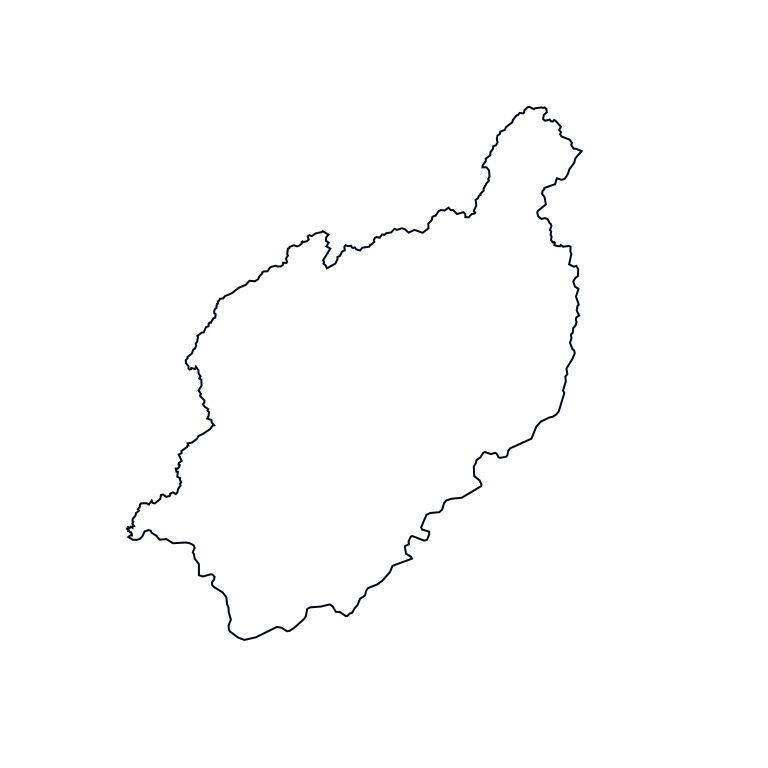 the district of Kapuas Hulu, Kalimantan Barat, Indonesia, rotated 324°
{"feature_id": "22746128B82886709098386", "entity_name": "Kapuas Hulu", "entity_type": "district", "adm_level": 2, "iso_a3": "IDN", "parent_name": "Indonesia", "parent_adm1": "Kalimantan Barat", "projection": "orthographic", "projection_center": [113.006, 0.834], "detail": "fine", "context": "isolated", "style": "outline", "palette": "ink", "viewbox_px": 768, "rotation_deg": 324, "n_neighbors": 0, "source": "geoboundaries", "source_scale": "gbopen_adm2", "svg_char_len": 6142}
<svg xmlns="http://www.w3.org/2000/svg" viewBox="0 0 768 768"><g transform="rotate(324 384 384)"><path d="M677.1,256.8L676.4,254.5L674.8,254.1L674.0,252.8L668.2,249.7L666.8,249.8L664.5,245.3L662.9,244.5L658.4,245.1L657.0,246.7L655.6,246.8L653.0,244.4L650.5,245.2L649.0,244.6L643.2,246.3L641.5,247.7L633.8,247.9L631.0,249.4L626.3,248.2L624.6,249.8L621.9,249.7L619.5,251.8L617.8,255.3L614.8,256.7L612.0,255.9L610.5,257.8L606.3,259.1L604.5,261.4L598.6,261.6L597.6,263.4L592.5,265.0L591.0,266.6L594.3,268.9L594.5,273.0L591.2,278.3L588.7,279.5L588.6,281.1L584.6,282.0L579.3,284.6L578.0,286.3L573.9,286.7L573.4,287.7L571.3,287.5L569.0,289.1L566.4,288.8L563.5,293.9L558.4,296.7L558.5,299.0L557.5,299.4L554.8,298.0L550.6,299.0L547.9,296.8L549.8,294.1L549.3,291.7L543.0,289.4L542.0,283.8L540.2,282.6L539.9,279.3L534.8,279.2L532.6,276.8L529.9,276.2L524.8,278.1L521.5,277.2L518.9,279.5L514.1,280.3L511.5,284.2L504.2,284.4L499.2,277.2L492.9,276.0L491.9,271.1L490.0,268.5L485.2,267.0L483.6,264.6L479.0,265.6L474.3,263.3L471.9,263.5L470.4,261.9L466.4,263.1L464.5,260.8L462.6,260.4L460.4,261.5L459.7,263.3L455.5,263.8L454.7,263.3L452.9,264.3L446.6,261.0L443.1,261.9L440.7,258.8L440.7,256.4L439.0,255.9L438.3,254.5L438.6,252.8L435.7,251.2L434.6,249.1L432.5,249.8L430.8,252.8L427.7,252.2L423.9,254.5L420.9,253.9L419.6,255.8L415.4,258.0L405.8,256.8L406.5,253.9L405.8,251.0L407.2,250.2L407.5,248.1L420.2,242.9L418.3,238.7L422.3,237.2L421.2,233.9L423.5,231.3L426.9,230.6L424.2,224.2L423.0,224.5L417.2,222.0L412.5,221.9L411.1,219.8L409.0,219.7L407.9,222.9L405.7,223.2L402.0,221.7L401.8,220.7L400.7,220.8L400.0,222.1L396.6,222.2L394.5,221.5L392.7,218.8L388.1,217.6L387.2,218.4L385.8,218.0L381.9,222.2L381.8,223.6L378.3,225.0L377.4,228.3L376.2,228.7L373.6,226.6L372.3,228.2L370.0,228.3L367.1,226.6L366.0,224.7L361.6,223.0L359.9,222.8L356.1,224.4L352.8,222.2L351.1,222.1L350.5,223.0L346.4,223.7L343.8,225.2L340.1,225.1L335.8,221.4L330.3,222.6L323.4,220.8L314.3,221.1L306.6,219.4L304.4,220.3L301.3,218.6L299.4,219.7L298.0,219.5L297.0,221.3L295.7,221.1L293.2,223.9L291.2,224.0L289.2,225.4L288.3,227.2L288.8,228.7L286.5,231.1L284.7,230.5L279.8,232.7L279.2,231.9L277.6,232.1L276.0,234.1L273.3,233.4L268.4,236.3L266.9,235.3L261.2,235.4L261.0,236.9L257.6,240.0L255.5,240.6L254.4,242.8L251.7,244.3L250.0,244.0L246.4,246.4L240.8,246.7L240.0,247.8L237.6,248.2L236.0,250.8L236.3,254.8L234.9,256.5L235.1,258.0L236.6,258.6L237.5,257.8L240.1,260.9L242.0,259.5L242.0,263.7L240.1,266.5L240.2,269.9L237.8,271.0L238.8,273.1L235.4,278.1L230.2,280.2L230.1,284.4L228.4,285.2L228.2,286.4L229.1,291.6L227.9,293.4L225.5,293.9L225.6,297.0L227.1,301.1L225.6,301.7L225.8,303.8L223.6,306.5L220.6,308.1L223.3,311.5L222.0,313.8L222.3,317.6L220.7,316.9L217.1,318.2L208.8,318.0L203.1,317.1L200.7,318.4L194.1,318.5L190.2,316.6L189.6,318.7L188.8,318.3L187.9,319.2L180.8,319.1L179.5,321.0L176.5,320.4L175.1,327.3L171.6,327.3L170.4,328.5L171.1,329.6L169.2,330.9L167.1,331.2L165.8,330.0L164.5,332.9L165.6,333.9L162.3,337.4L163.7,340.4L162.6,341.4L162.0,344.5L160.6,344.7L159.7,346.5L155.9,347.8L152.9,350.4L150.9,350.7L149.5,347.6L146.5,347.1L144.8,348.6L141.6,347.4L140.3,343.6L138.4,342.7L135.3,345.5L128.4,345.9L126.9,344.1L127.5,341.8L123.0,343.3L121.7,340.8L117.4,337.8L115.7,338.1L113.9,340.1L111.2,340.6L111.3,342.5L107.5,342.6L105.6,344.4L101.7,345.3L100.1,346.8L100.1,348.2L98.3,349.0L98.3,352.0L96.7,351.4L96.0,352.4L95.3,350.7L94.1,350.9L93.1,349.7L92.8,350.8L91.2,349.9L90.9,350.5L91.5,351.7L90.7,352.5L91.6,352.9L91.3,354.5L92.2,355.2L91.7,357.1L90.7,357.4L91.8,358.9L89.1,357.3L87.2,357.5L89.3,362.3L92.0,364.6L95.2,365.8L99.1,365.2L103.8,362.5L107.7,363.9L109.0,365.5L108.6,367.8L110.7,373.2L110.9,378.0L116.7,381.5L119.7,388.8L130.4,395.7L133.2,398.6L135.2,402.5L134.5,405.3L130.4,407.7L130.2,410.0L128.2,413.9L128.4,420.9L121.9,429.9L124.4,433.3L132.2,436.2L133.3,437.5L133.6,440.4L131.7,442.3L128.2,443.4L126.8,445.7L127.2,448.6L131.0,457.9L131.1,463.9L127.6,469.9L126.8,473.4L124.2,477.5L121.7,484.5L116.1,488.2L114.1,491.8L113.9,493.7L116.9,503.3L120.5,508.9L131.4,513.6L154.6,517.6L157.8,520.9L160.2,527.0L162.4,528.2L168.1,528.5L181.3,527.1L184.0,526.1L189.7,520.9L193.0,521.3L202.2,527.0L210.5,530.4L211.8,533.8L211.1,540.0L214.3,542.6L216.6,549.1L217.9,550.1L221.3,549.6L223.7,550.4L228.4,548.2L232.4,547.4L238.4,543.7L244.4,543.9L247.9,540.9L250.9,539.7L260.8,542.2L267.4,542.1L278.4,539.6L284.0,536.1L303.9,541.7L304.3,539.6L302.1,534.3L304.9,528.4L305.8,527.5L310.1,528.3L311.3,525.8L316.0,523.2L317.5,523.6L324.5,534.4L327.3,535.3L332.0,532.4L333.8,530.1L329.3,524.1L329.8,521.8L341.4,514.8L345.5,515.5L353.4,520.2L357.2,519.8L362.6,515.7L365.8,514.8L371.3,516.6L380.0,521.7L402.6,523.8L403.8,522.6L404.7,518.4L402.9,511.4L408.2,503.5L411.7,502.1L414.0,500.0L419.2,499.9L424.0,498.0L425.6,498.3L429.4,503.6L433.6,505.1L434.2,506.5L433.6,510.7L434.7,512.1L440.0,514.6L441.9,514.2L445.0,511.2L448.3,510.2L471.2,514.9L482.1,508.0L488.9,506.6L498.2,508.3L501.2,509.7L505.4,509.9L509.1,509.0L524.6,497.3L525.0,494.4L532.5,488.9L535.1,484.6L538.1,483.8L540.7,478.7L551.2,474.4L556.3,471.3L557.6,468.7L557.0,466.3L558.8,459.8L562.4,457.4L564.3,453.8L566.8,453.5L570.1,449.9L573.2,449.4L576.5,446.7L576.8,445.0L578.6,443.3L582.2,443.2L583.1,437.8L586.4,434.6L588.2,434.3L590.7,426.1L597.3,421.4L595.7,417.4L597.4,412.3L601.1,410.7L604.3,410.7L608.7,405.1L609.0,401.5L606.5,400.6L604.1,396.0L612.0,388.9L612.8,386.2L615.6,382.6L614.8,381.0L609.7,378.3L608.7,375.5L607.5,375.9L605.5,374.6L603.5,371.9L605.1,370.2L605.0,369.1L603.9,369.0L603.7,365.7L606.2,363.3L606.4,361.3L609.0,358.7L608.7,357.0L612.4,354.5L613.0,352.5L612.5,351.5L613.3,346.7L611.6,344.3L608.4,343.1L607.3,339.0L608.8,335.2L610.4,334.4L620.5,333.9L623.7,327.3L623.7,323.1L625.7,321.0L628.0,320.7L628.9,319.6L639.9,322.9L644.7,319.2L647.8,323.3L651.0,324.2L656.1,322.2L660.1,319.3L667.8,316.9L671.6,313.8L680.8,311.8L677.6,306.5L675.7,305.1L676.0,300.6L677.9,299.2L677.7,295.3L673.1,288.1L673.3,285.5L675.1,284.4L675.1,281.4L678.3,279.9L677.5,271.9L676.7,270.4L675.0,270.9L673.5,269.6L673.5,267.5L669.1,265.7L668.4,263.2L671.3,260.3L675.4,259.8L677.1,256.8Z" fill="none" stroke="#020617" stroke-width="2"/></g></svg>